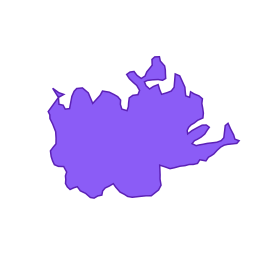 the district of Boa Vista do Buricá, Rio Grande do Sul, Brazil, rotated 144°
{"feature_id": "56859067B45095421643767", "entity_name": "Boa Vista do Buricá", "entity_type": "district", "adm_level": 2, "iso_a3": "BRA", "parent_name": "Brazil", "parent_adm1": "Rio Grande do Sul", "projection": "natural_earth1", "projection_center": [-54.117, -27.681], "detail": "fine", "context": "isolated", "style": "filled", "palette": "violet", "viewbox_px": 256, "rotation_deg": 144, "n_neighbors": 0, "source": "geoboundaries", "source_scale": "gbopen_adm2", "svg_char_len": 2149}
<svg xmlns="http://www.w3.org/2000/svg" viewBox="0 0 256 256"><g transform="rotate(144 128 128)"><path d="M166.3,193.6L182.9,188.2L183.5,184.6L185.6,181.5L186.6,175.5L188.7,167.5L192.2,162.0L195.6,157.5L199.5,156.5L204.2,155.1L206.9,150.1L208.3,145.8L209.1,141.6L206.9,137.9L202.7,134.6L203.5,128.4L206.8,126.0L208.6,122.9L211.2,119.8L211.7,116.0L211.0,112.3L207.0,111.5L203.5,110.3L203.5,105.2L200.7,100.0L199.3,93.9L196.6,91.2L192.4,90.8L188.6,89.1L185.5,92.0L181.6,92.9L177.7,92.1L172.6,91.6L172.7,87.5L172.1,80.8L169.9,76.4L168.5,72.8L165.3,69.5L161.1,67.1L157.4,65.0L153.5,62.7L149.0,59.5L139.7,59.9L134.9,62.3L132.1,67.9L129.6,71.2L124.2,79.3L121.1,75.1L117.9,70.4L113.6,68.5L108.3,66.5L103.9,64.0L100.1,62.6L96.5,60.1L92.6,58.5L88.6,60.1L84.3,55.6L80.1,57.1L76.9,56.7L73.8,56.6L68.8,57.6L64.2,58.1L60.3,57.6L57.0,56.2L52.7,53.7L49.0,51.6L45.6,52.4L48.1,56.2L46.6,60.3L45.6,67.0L44.3,73.0L47.9,72.8L52.5,67.8L56.2,63.8L60.0,63.0L64.4,64.2L69.3,66.9L73.0,69.0L77.0,70.8L80.2,72.4L83.3,73.7L85.4,77.7L81.7,78.7L78.5,78.1L74.2,77.7L69.5,78.0L64.9,79.8L61.8,80.8L62.9,84.4L66.3,86.7L71.5,87.5L77.7,88.3L83.2,88.1L81.6,91.2L78.6,92.9L75.1,93.5L71.5,93.1L67.1,93.3L61.5,92.1L58.3,95.7L56.0,100.0L53.9,104.4L50.6,107.9L51.7,112.3L54.4,116.6L56.1,120.5L60.1,116.6L62.4,120.1L60.5,123.5L58.0,127.6L56.6,134.3L55.5,139.8L58.0,144.0L62.9,138.3L66.8,133.8L71.3,132.5L75.6,133.6L81.0,135.5L79.9,140.3L78.1,145.4L83.2,146.7L87.6,146.9L88.6,151.6L87.6,155.7L84.4,155.1L79.9,152.6L75.1,149.5L72.0,146.3L68.4,145.9L65.7,150.1L63.7,153.0L61.9,156.7L62.5,163.2L60.7,167.2L64.6,169.8L68.3,169.4L71.5,164.6L76.2,163.3L79.7,162.4L83.7,160.0L88.2,160.3L89.8,165.3L89.9,170.2L93.5,172.1L97.6,172.1L97.9,167.1L96.9,161.5L95.9,157.3L96.5,151.6L100.4,149.1L104.9,151.6L109.3,151.6L112.8,147.9L115.2,145.0L118.6,142.6L121.9,146.9L120.3,151.6L117.6,154.9L117.9,159.4L119.6,163.2L122.1,168.0L126.9,172.9L131.4,170.8L142.1,168.6L139.5,179.8L141.3,187.2L146.3,190.1L150.0,189.4L154.8,186.6L163.9,178.0L167.7,180.2L167.1,184.6L169.9,187.8L166.3,193.6ZM166.3,193.6L160.2,192.9L163.2,197.2L165.6,204.4L166.3,193.6Z" fill="#8b5cf6" stroke="#5b21b6" stroke-width="1.5"/></g></svg>